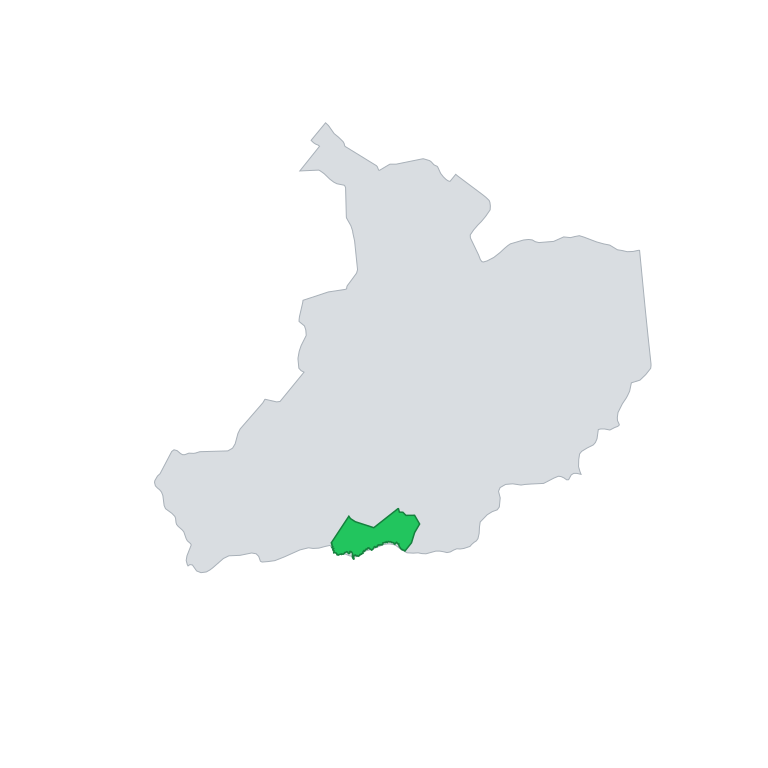 Tambura, Western Equatoria, South Sudan (highlighted), rotated 309°
{"feature_id": "79223893B47853667167464", "entity_name": "Tambura", "entity_type": "district", "adm_level": 2, "iso_a3": "SSD", "parent_name": "South Sudan", "parent_adm1": "Western Equatoria", "projection": "mercator", "projection_center": [26.783, 6.031], "detail": "fine", "context": "in_parent", "style": "filled", "palette": "green", "viewbox_px": 768, "rotation_deg": 309, "n_neighbors": 0, "source": "geoboundaries", "source_scale": "gbopen_adm2", "svg_char_len": 8981}
<svg xmlns="http://www.w3.org/2000/svg" viewBox="0 0 768 768"><g transform="rotate(309 384 384)"><path d="M587.2,559.2L567.8,578.7L566.4,579.9L564.0,581.4L556.2,581.5L548.1,580.5L540.6,575.5L533.0,579.4L528.2,580.6L525.4,581.1L518.6,581.7L509.1,583.8L504.8,586.4L502.5,588.5L500.6,592.3L499.6,592.7L497.9,592.2L495.4,590.7L490.4,588.5L487.8,583.6L485.4,580.7L483.5,579.2L475.5,584.0L471.6,585.1L468.4,585.0L462.5,582.3L456.1,580.0L452.8,580.0L447.8,582.9L442.2,587.2L439.2,591.5L437.8,594.0L435.9,590.1L434.0,587.7L431.2,586.7L425.8,587.7L424.5,586.3L424.3,583.0L423.5,579.9L422.1,577.6L417.9,575.3L407.2,570.6L398.9,561.3L394.8,556.9L391.7,554.1L387.4,546.8L382.5,541.7L376.6,539.4L372.7,540.5L368.6,546.0L361.0,551.0L357.5,551.2L353.0,548.5L347.4,546.5L337.3,545.6L333.1,548.1L327.7,552.0L323.0,554.3L320.2,554.5L317.5,553.6L314.5,553.1L311.8,553.0L306.4,549.5L303.6,546.9L301.8,544.3L298.7,542.6L295.2,541.2L292.6,539.0L291.3,536.2L289.3,532.6L286.7,529.4L278.5,523.5L276.0,520.1L274.3,516.8L270.9,513.1L267.3,508.1L266.2,500.9L266.0,495.1L265.2,492.4L263.7,489.7L261.9,487.4L259.1,484.8L252.3,481.1L245.4,476.8L242.1,474.2L235.7,473.3L232.0,470.9L228.8,465.4L227.5,461.0L224.3,457.6L222.9,455.2L222.2,452.4L224.7,443.7L221.0,440.7L215.5,436.7L211.6,432.4L209.2,428.4L202.2,423.1L186.8,415.3L178.0,410.3L173.1,405.7L168.9,401.3L168.5,399.5L171.2,395.1L171.6,391.5L169.4,387.5L160.2,379.9L152.9,371.6L147.3,369.0L134.0,366.7L130.1,365.8L126.1,364.2L122.2,360.5L120.8,356.0L122.8,349.0L121.5,346.8L119.3,346.2L119.9,344.7L122.4,341.3L126.5,339.0L137.6,335.5L138.2,334.2L138.4,329.8L139.3,327.6L143.1,321.5L143.6,319.0L143.8,313.8L144.3,311.3L145.4,309.6L148.5,306.5L149.5,304.7L150.0,300.6L149.6,292.7L151.2,289.6L158.1,282.4L160.0,279.1L160.6,276.2L160.6,273.3L161.0,270.4L163.1,267.6L164.8,266.7L169.9,265.9L173.4,266.4L197.9,261.5L200.7,262.2L202.0,265.1L201.9,269.7L202.3,272.0L203.6,273.6L207.5,275.9L210.2,279.6L211.6,280.9L215.5,283.5L233.7,304.7L238.8,306.7L243.8,306.0L253.7,301.6L258.6,300.5L293.2,301.7L297.0,301.1L297.3,301.2L302.5,311.8L305.0,314.2L342.9,314.4L342.2,311.3L342.7,307.9L349.3,301.4L350.3,300.7L356.1,297.5L361.8,295.4L372.8,293.0L376.8,289.2L379.1,285.6L379.1,278.7L380.6,277.5L383.2,275.9L395.9,269.7L398.1,268.4L420.5,282.8L433.1,294.3L433.9,294.8L434.5,295.0L435.2,294.6L435.8,294.1L437.3,293.6L442.7,293.4L452.9,292.9L456.2,291.5L476.7,271.1L481.9,264.6L483.2,263.3L486.2,258.6L489.3,250.7L489.9,249.8L512.4,230.6L513.2,229.1L513.4,227.9L510.0,221.4L509.3,218.1L509.1,213.1L509.8,205.2L509.5,200.2L509.2,198.9L509.1,198.6L496.6,184.5L528.2,184.3L528.2,182.6L528.1,182.0L527.5,180.3L527.2,178.0L527.2,176.8L527.4,175.6L527.4,175.0L527.3,174.4L527.4,174.2L527.5,174.0L550.2,174.2L549.9,178.2L547.2,187.7L547.2,193.3L546.6,199.7L545.8,201.7L544.6,203.2L544.2,204.0L544.2,204.7L548.9,240.7L548.6,242.2L547.3,244.4L547.0,245.1L546.9,245.7L547.4,246.1L557.9,250.0L558.4,250.2L558.8,250.5L562.6,255.2L583.2,272.2L583.9,273.0L586.1,278.4L586.3,279.2L586.4,280.5L586.3,281.5L585.8,284.7L586.0,286.1L586.3,287.1L586.6,288.2L586.6,288.5L586.4,289.3L583.3,295.5L582.3,299.9L582.0,303.5L582.2,305.7L582.6,307.0L582.9,307.6L583.1,307.8L592.1,307.8L592.0,309.8L593.2,342.0L593.2,345.7L592.8,350.2L591.8,352.0L589.3,354.6L586.1,356.9L578.1,357.5L571.4,357.4L566.7,356.9L560.2,356.7L554.1,357.2L551.9,359.2L543.8,376.3L541.3,380.6L540.7,383.1L541.4,384.5L544.6,386.7L551.5,389.7L559.4,391.5L565.3,392.3L569.3,393.1L572.4,394.0L583.7,401.8L587.3,405.4L589.3,408.6L589.8,412.0L591.4,415.4L601.6,426.1L611.4,431.1L615.1,436.8L618.8,439.6L622.2,442.5L624.0,447.0L628.2,459.8L631.1,466.5L634.0,472.0L635.2,480.9L637.5,484.9L639.9,489.8L643.8,494.2L648.0,497.6L648.7,498.5L606.4,540.1L587.2,559.2Z" fill="#d9dde1" stroke="#a8b0b8" stroke-width="1"/><path d="M259.1,439.9L227.3,443.0L227.2,443.6L226.9,443.9L226.9,444.2L226.9,444.4L226.6,444.6L226.4,444.7L226.1,444.7L226.1,445.0L225.9,445.2L225.8,445.3L225.7,445.6L225.4,445.9L225.5,446.0L225.5,446.3L225.5,446.5L225.2,446.5L225.0,446.2L224.5,446.2L224.5,446.3L224.4,446.5L224.1,446.7L224.1,446.9L224.2,447.0L224.3,447.2L224.3,447.7L224.1,447.9L224.1,448.0L224.3,448.3L223.6,448.3L223.3,448.3L223.1,448.4L223.1,448.8L223.2,449.0L223.1,449.4L222.9,449.5L222.7,449.5L222.9,449.9L222.9,450.2L222.7,450.3L222.5,450.5L222.2,450.6L221.9,450.7L221.7,450.8L221.4,450.9L221.2,451.1L221.4,451.2L221.7,451.7L221.9,452.0L222.1,452.1L222.3,452.7L222.3,452.8L222.6,453.3L222.4,453.8L222.4,454.2L222.2,454.4L222.0,454.5L221.8,454.7L221.8,454.8L221.7,455.2L221.8,455.3L222.2,455.6L222.2,456.0L222.3,456.2L222.6,456.2L223.2,456.6L223.3,456.7L223.7,456.9L224.1,457.0L224.4,457.3L224.6,457.5L224.7,457.9L224.7,458.1L224.9,458.1L225.0,457.9L225.3,458.0L225.3,458.3L225.4,458.5L225.6,458.7L225.7,458.9L225.9,459.2L226.2,459.3L226.3,459.5L227.0,459.6L227.4,459.7L227.6,459.7L227.8,459.7L228.2,459.5L228.3,459.7L228.3,459.8L228.5,460.0L228.8,460.1L229.0,460.1L229.2,460.3L229.6,460.4L230.0,460.4L230.2,460.5L230.2,460.9L230.4,461.1L230.5,461.3L230.4,461.7L230.0,462.5L229.9,462.8L229.9,463.1L230.0,463.2L230.1,463.4L230.3,463.4L230.4,463.6L230.6,463.7L231.1,463.7L231.3,463.8L231.5,463.8L231.6,463.7L231.8,463.1L232.0,462.9L232.3,462.9L232.5,462.9L232.8,463.3L232.9,463.7L233.0,463.9L233.1,464.1L233.1,464.3L232.9,464.6L232.9,465.2L232.7,465.6L232.2,466.4L231.9,466.8L231.6,466.8L231.4,467.0L231.1,467.1L230.9,467.4L231.0,467.7L230.7,467.7L230.5,467.9L230.3,467.9L230.1,467.9L229.7,468.3L229.4,468.6L229.2,469.0L229.1,469.3L229.0,469.5L228.9,470.1L228.7,470.4L228.7,470.5L228.8,470.7L228.9,470.8L229.1,470.7L229.6,470.3L229.8,470.3L229.8,470.1L229.7,470.1L229.9,469.8L230.1,469.6L230.3,469.4L230.7,469.1L230.9,469.0L231.0,468.9L231.6,468.7L231.9,468.7L232.1,468.7L232.3,469.1L232.4,469.3L232.6,469.3L232.8,469.2L233.0,469.2L233.2,469.4L233.2,469.5L233.1,469.8L233.2,470.0L233.1,470.3L233.2,470.8L233.2,471.0L233.3,471.3L233.5,471.3L233.9,471.4L233.9,471.5L234.0,471.9L234.0,472.2L234.0,472.4L234.2,472.5L234.4,472.6L234.6,472.6L234.9,472.8L235.1,472.8L235.7,472.8L236.0,472.6L236.3,472.6L236.6,472.7L236.7,472.9L236.8,473.1L237.3,473.5L237.5,473.5L237.8,473.6L238.0,473.4L238.3,473.6L238.6,473.8L238.9,474.1L239.1,474.2L239.3,474.2L239.3,473.9L239.7,473.7L239.8,473.5L240.1,473.5L240.2,473.4L240.3,473.3L240.7,473.2L240.9,473.3L241.1,473.3L241.3,473.3L241.6,473.2L241.8,473.2L241.8,473.5L242.0,473.7L242.0,473.8L241.9,474.0L242.1,474.0L242.3,474.0L242.5,474.2L242.9,474.0L243.3,473.9L243.5,473.9L243.8,473.9L243.8,474.1L244.0,474.1L244.3,474.1L244.3,474.3L244.5,474.5L244.9,474.3L245.0,474.4L245.0,474.5L245.2,474.8L245.4,474.8L245.5,475.0L245.9,474.9L246.1,475.0L246.5,474.8L246.6,474.7L246.8,474.9L246.9,475.1L247.1,475.2L247.2,475.4L247.2,475.6L247.1,475.8L247.1,476.1L246.9,476.4L246.8,476.5L247.1,476.8L247.0,477.5L247.1,477.9L247.2,478.1L247.1,478.4L247.1,478.6L247.0,478.8L247.3,479.1L247.7,479.0L247.9,479.0L248.0,479.1L248.4,479.3L248.6,479.4L248.8,479.3L249.0,479.2L249.5,479.1L249.9,479.1L250.1,479.1L250.5,479.1L251.1,478.9L251.4,478.9L251.5,479.1L251.9,479.2L251.9,479.3L251.8,479.5L251.7,480.1L252.1,480.4L252.7,480.5L253.0,480.5L253.1,480.9L253.3,480.9L253.4,481.0L253.5,481.1L253.9,480.9L254.3,480.8L254.5,480.7L254.7,480.9L255.2,480.8L255.2,481.0L255.3,481.2L255.5,481.3L255.7,481.6L255.8,481.6L256.0,481.5L256.2,481.8L256.5,481.9L256.6,482.1L256.7,482.4L256.6,482.5L256.8,482.7L256.9,482.8L257.3,482.8L257.3,483.0L257.4,483.3L257.5,483.4L257.6,483.5L257.9,483.5L258.0,483.5L258.2,483.9L258.3,483.9L258.7,483.9L258.8,483.9L259.0,483.7L259.4,483.4L259.5,483.5L259.8,483.4L260.0,483.2L260.1,483.3L260.2,483.6L260.5,483.7L260.9,483.9L260.9,484.1L261.0,484.2L261.2,484.3L261.5,484.4L261.6,484.5L261.6,484.8L262.0,484.8L262.2,484.7L262.6,484.9L262.8,485.0L262.5,485.5L262.7,486.0L262.9,486.1L263.0,486.4L263.3,486.3L263.7,486.3L263.8,486.3L264.1,486.4L264.3,486.4L264.4,486.6L264.4,486.9L264.5,487.0L264.5,487.4L264.7,487.5L264.9,487.6L265.0,487.9L265.3,488.0L265.3,488.3L265.7,488.5L265.8,488.7L265.7,488.9L265.7,489.1L265.7,489.3L265.6,489.5L265.9,489.7L266.0,489.9L265.9,490.2L266.0,490.4L266.2,490.5L266.6,491.1L266.7,491.3L266.5,491.7L266.4,492.0L266.2,492.3L266.1,492.5L266.2,492.9L266.4,492.9L266.4,493.0L266.4,493.3L266.6,493.3L266.8,493.3L267.0,493.3L267.1,493.1L267.3,493.0L267.8,493.3L268.3,493.3L268.6,493.3L268.9,493.3L269.0,493.5L268.9,493.8L268.7,494.1L268.7,494.5L268.4,494.8L268.4,495.0L268.8,495.5L268.7,495.9L268.7,496.0L268.9,496.2L268.4,496.4L268.4,496.7L268.2,496.9L268.0,497.1L267.9,497.5L267.7,497.5L267.5,497.8L267.4,497.9L267.3,498.1L267.2,498.7L267.1,499.7L266.8,500.0L266.6,500.4L266.6,500.7L266.7,501.1L266.7,501.3L266.6,501.6L266.5,501.8L266.8,502.0L266.9,502.3L266.9,502.5L266.7,502.6L266.7,502.8L267.0,503.3L267.0,503.5L267.3,503.8L267.4,504.1L267.3,504.4L267.5,504.9L267.4,505.4L277.9,505.3L287.8,501.3L297.6,499.8L301.2,490.4L295.7,483.7L296.2,479.4L294.1,476.6L296.2,473.7L295.9,473.3L265.9,466.5L258.9,448.3L258.3,442.6L259.1,439.9Z" fill="#22c55e" stroke="#15803d" stroke-width="1.5"/></g></svg>